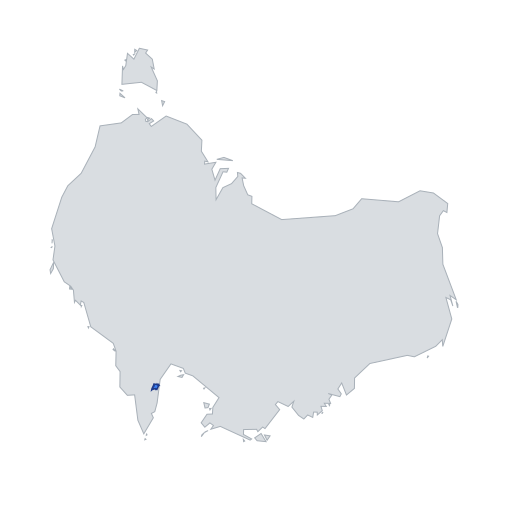 location of Kowanyama, Queensland, Australia, rotated 186°
{"feature_id": "25037944B1656499074776", "entity_name": "Kowanyama", "entity_type": "district", "adm_level": 2, "iso_a3": "AUS", "parent_name": "Australia", "parent_adm1": "Queensland", "projection": "mercator", "projection_center": [141.794, -15.277], "detail": "fine", "context": "in_parent", "style": "filled", "palette": "blue", "viewbox_px": 512, "rotation_deg": 186, "n_neighbors": 0, "source": "geoboundaries", "source_scale": "gbopen_adm2", "svg_char_len": 4955}
<svg xmlns="http://www.w3.org/2000/svg" viewBox="0 0 512 512"><g transform="rotate(186 256 256)"><path d="M356.3,80.3L362.2,105.2L369.4,104.0L377.7,111.5L379.1,126.9L384.0,132.2L385.2,146.7L388.8,154.2L412.9,168.3L422.4,191.8L425.2,193.0L425.6,188.8L430.9,193.1L431.7,190.9L434.0,202.9L437.1,206.6L444.0,210.3L457.5,230.9L457.0,244.9L462.1,261.8L455.3,294.2L450.5,306.2L438.5,320.0L427.4,347.7L424.7,369.1L403.9,374.3L393.6,383.8L387.1,384.6L388.9,390.0L378.8,382.1L380.3,380.3L379.6,378.3L377.7,378.3L374.3,381.7L371.9,379.6L376.0,376.4L373.7,373.9L360.0,385.8L338.5,379.9L321.9,365.5L321.3,354.5L313.6,344.6L316.9,345.0L316.8,342.0L305.7,345.0L309.0,337.7L304.7,327.1L300.7,339.1L292.5,340.3L293.8,336.3L297.6,336.3L303.1,319.9L301.6,307.8L296.1,320.5L287.9,325.4L282.4,333.2L283.2,337.1L280.0,336.6L274.7,332.2L278.0,332.2L275.6,324.6L270.6,316.0L266.3,314.9L265.7,307.5L234.3,294.9L181.4,304.4L164.4,313.1L156.9,324.0L119.9,324.8L99.7,338.0L86.1,337.2L70.8,328.2L70.7,319.2L74.4,320.7L77.6,315.2L77.8,297.2L71.5,283.8L69.3,267.3L52.3,233.4L58.9,237.0L55.0,226.8L57.8,232.8L62.8,234.6L54.7,213.8L60.8,185.6L62.0,192.2L67.8,185.0L88.0,172.3L95.1,173.0L131.5,161.0L145.2,145.0L144.3,134.6L151.5,127.2L157.5,138.7L160.7,132.3L156.8,127.8L157.9,124.9L169.8,126.8L166.0,125.7L168.5,121.2L166.4,117.2L172.7,116.7L170.4,113.7L175.7,113.3L173.9,109.1L178.4,104.3L178.8,107.1L182.4,106.8L182.7,101.4L188.0,103.3L191.4,98.9L197.0,101.9L204.5,109.5L203.2,115.5L208.3,109.7L219.0,113.5L221.2,110.3L216.4,105.7L229.0,85.3L231.5,86.6L235.8,81.5L237.3,83.7L250.2,82.1L249.8,77.2L241.2,73.6L242.6,72.3L273.7,82.8L282.8,79.0L280.6,83.0L284.4,85.2L289.0,80.4L293.1,84.4L288.2,93.5L282.8,94.3L283.1,100.9L278.0,111.3L306.3,130.2L314.1,132.1L316.5,136.6L329.3,139.8L338.4,123.3L339.0,99.5L340.4,90.6L343.6,88.5L341.2,84.4L349.0,67.4L356.3,80.3ZM371.9,410.2L388.1,416.8L407.3,412.7L408.6,431.1L407.3,427.7L405.4,431.7L405.0,444.1L398.0,439.0L393.7,450.4L385.3,449.5L387.0,446.3L379.7,440.9L376.8,431.3L380.0,433.0L372.4,419.9L371.9,410.2ZM226.6,72.4L235.6,72.4L238.3,75.0L232.4,80.0L226.6,72.4ZM289.0,348.4L305.1,348.0L298.2,350.7L289.0,348.4ZM290.8,99.5L292.6,104.7L286.9,103.8L287.9,100.2L290.8,99.5ZM456.6,228.5L456.2,222.2L458.4,217.1L459.4,220.8L456.6,228.5ZM402.8,399.6L408.2,401.1L408.3,403.6L402.8,399.6ZM225.7,73.9L228.9,78.9L223.2,78.6L225.7,73.9ZM366.1,400.7L363.0,400.0L364.6,395.7L366.1,400.7ZM321.0,128.0L318.3,129.6L315.6,130.4L316.9,127.5L321.0,128.0ZM52.3,231.9L50.1,228.9L49.9,226.0L50.3,225.9L52.3,231.9ZM407.2,406.0L409.3,407.7L405.3,406.3L407.2,406.0ZM435.9,203.7L438.0,203.7L438.0,206.5L435.9,203.7ZM385.9,146.5L388.4,148.0L387.9,148.9L385.9,146.5ZM397.9,445.8L398.2,448.9L396.1,447.9L397.9,445.8ZM460.2,247.3L460.4,250.8L460.2,250.7L460.2,247.3ZM249.4,72.2L247.9,70.8L248.9,70.1L249.4,72.2ZM291.1,72.5L288.9,75.0L291.5,70.6L291.1,72.5ZM460.6,243.1L459.5,244.2L460.2,243.0L460.6,243.1ZM294.3,119.0L293.1,119.5L293.8,118.3L294.3,119.0ZM286.3,99.4L284.8,99.7L285.7,98.1L286.3,99.4ZM75.1,172.4L74.7,174.6L73.9,174.4L75.1,172.4ZM346.4,66.2L346.3,68.0L345.7,66.7L346.4,66.2ZM377.8,379.3L378.2,380.6L377.6,380.2L377.8,379.3ZM288.3,75.7L285.4,77.4L288.4,75.3L288.3,75.7ZM174.1,106.6L173.0,107.8L173.7,106.4L174.1,106.6ZM399.1,443.5L398.0,444.1L398.6,443.0L399.1,443.5ZM319.7,134.2L318.1,134.1L318.9,133.0L319.7,134.2ZM168.1,115.8L167.2,116.5L167.2,114.9L168.1,115.8ZM406.9,437.1L405.5,437.9L405.9,436.3L406.9,437.1ZM347.4,61.6L347.2,62.8L346.3,62.2L347.4,61.6ZM377.0,381.1L378.4,382.4L376.1,382.0L377.0,381.1ZM415.8,168.2L414.7,168.3L415.1,166.9L415.8,168.2ZM424.7,188.6L424.1,188.6L424.5,187.5L424.7,188.6ZM372.6,408.0L372.2,409.1L371.8,407.7L372.6,408.0Z" fill="#d9dde1" stroke="#a8b0b8" stroke-width="1"/><path d="M344.6,116.0L345.6,113.1L345.7,111.9L345.6,112.0L345.4,112.2L345.4,112.3L345.3,112.5L345.2,112.5L345.0,112.8L344.9,112.8L344.7,112.8L344.4,113.0L344.3,112.9L344.2,113.0L343.9,113.0L343.7,113.2L343.7,113.3L343.6,113.2L343.5,113.3L343.4,113.3L343.2,113.3L342.9,113.4L342.7,113.4L342.6,113.5L342.5,113.4L342.5,113.5L342.4,113.5L342.2,113.6L341.9,113.5L341.7,113.5L341.5,113.4L341.4,113.3L341.5,113.3L341.5,113.2L341.4,113.2L341.2,113.1L340.9,113.1L340.8,112.9L340.7,112.9L340.7,113.0L340.7,113.4L340.7,113.5L340.6,113.8L340.4,113.9L340.3,114.0L340.2,114.1L340.1,114.3L340.1,114.5L340.1,114.8L340.0,115.0L339.9,115.3L339.8,115.5L339.7,115.6L339.7,115.8L339.6,116.1L339.5,116.4L339.4,116.6L339.3,117.1L339.2,117.1L339.1,117.3L339.2,117.2L339.3,117.2L339.4,117.3L339.2,117.4L339.2,117.5L339.3,117.5L339.2,117.4L339.3,117.4L339.4,117.5L339.5,117.6L339.5,117.4L339.6,117.5L339.6,117.4L339.6,117.5L339.7,117.4L339.8,117.4L339.8,117.5L340.0,117.6L340.3,117.6L340.5,117.7L340.6,117.8L340.7,117.7L340.8,117.8L340.8,117.7L340.8,117.8L342.2,117.9L342.3,117.9L344.1,118.0L344.3,116.8L344.2,116.7L343.9,116.5L343.9,116.4L343.7,116.2L343.8,116.1L344.0,115.9L344.3,115.9L344.5,116.0L344.6,116.0Z" fill="#3b82f6" stroke="#1e3a8a" stroke-width="1.5"/></g></svg>